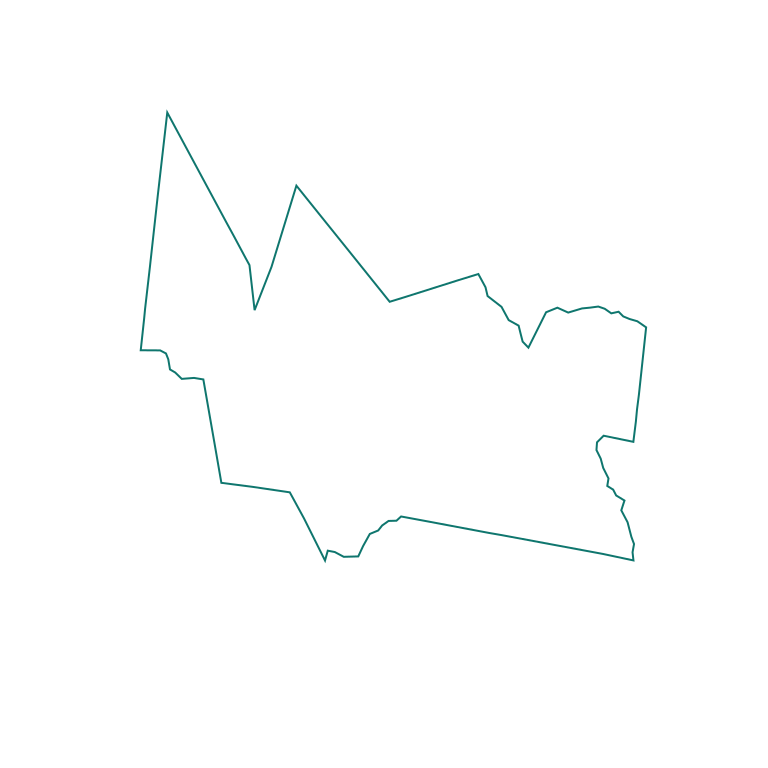 the district of Palmares, Pernambuco, Brazil, rotated 109°
{"feature_id": "56859067B81713623285946", "entity_name": "Palmares", "entity_type": "district", "adm_level": 2, "iso_a3": "BRA", "parent_name": "Brazil", "parent_adm1": "Pernambuco", "projection": "orthographic", "projection_center": [-35.631, -8.659], "detail": "fine", "context": "isolated", "style": "outline", "palette": "teal", "viewbox_px": 768, "rotation_deg": 109, "n_neighbors": 0, "source": "geoboundaries", "source_scale": "gbopen_adm2", "svg_char_len": 1243}
<svg xmlns="http://www.w3.org/2000/svg" viewBox="0 0 768 768"><g transform="rotate(109 384 384)"><path d="M570.1,382.3L559.9,382.9L558.9,375.8L560.5,365.8L555.4,352.2L544.0,351.0L530.4,348.6L524.4,341.8L518.4,339.7L512.0,335.1L509.2,327.7L503.7,324.7L499.5,296.6L490.6,236.0L488.6,223.7L473.4,121.6L469.6,90.7L462.2,94.2L453.9,95.5L447.9,100.4L435.4,108.7L426.2,118.5L415.9,118.7L413.8,128.2L409.3,132.9L407.7,139.7L400.2,141.0L392.0,149.4L384.0,154.8L377.3,161.6L369.8,163.6L361.4,159.5L357.5,129.4L337.6,133.6L325.6,136.5L311.1,139.5L245.1,154.6L242.2,164.9L242.6,173.0L242.2,179.8L239.3,185.7L243.2,192.1L241.0,199.8L241.0,206.6L244.7,214.0L248.1,221.4L256.5,233.1L255.4,244.9L263.4,254.1L302.6,259.3L298.8,266.7L291.5,271.5L285.0,275.7L283.0,286.9L272.8,298.0L267.1,314.7L259.5,319.5L249.3,330.6L262.0,348.0L295.0,392.5L304.4,405.4L272.6,455.8L244.1,501.1L225.0,531.4L309.9,528.5L356.3,530.4L315.4,549.9L310.3,555.5L292.6,574.6L282.2,586.0L197.9,677.3L279.7,659.2L350.2,643.3L390.6,634.4L400.2,632.1L431.3,625.0L425.1,606.6L426.1,600.1L430.9,596.0L439.9,591.1L441.1,585.2L445.0,576.9L440.1,565.6L438.5,556.3L495.9,524.6L530.4,505.6L524.0,474.6L517.1,437.8L537.2,415.8L570.1,382.3Z" fill="none" stroke="#0f766e" stroke-width="2"/></g></svg>